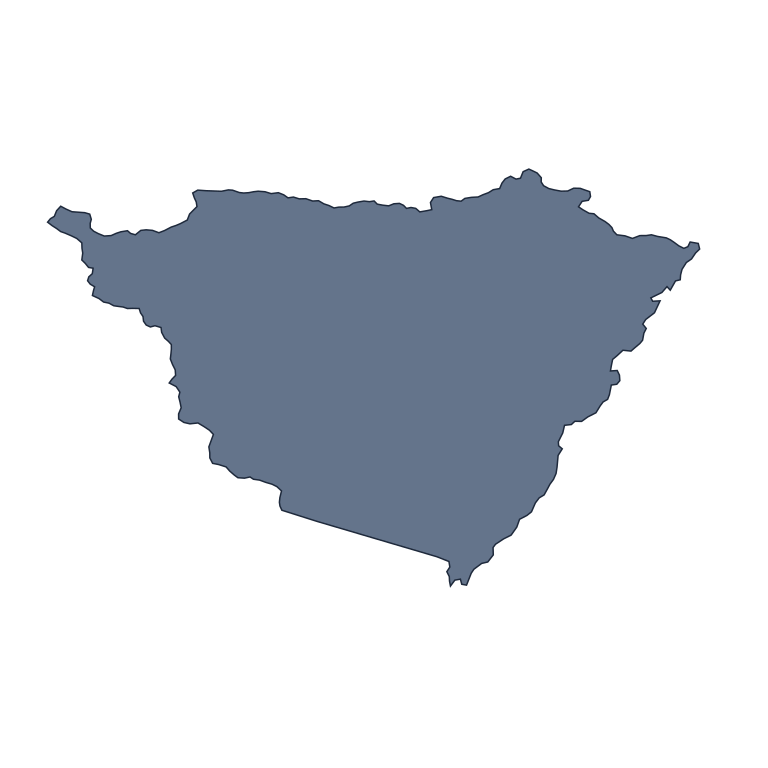 outline of Urandi, Bahia, Brazil, rotated 266°
{"feature_id": "56859067B88876690482253", "entity_name": "Urandi", "entity_type": "district", "adm_level": 2, "iso_a3": "BRA", "parent_name": "Brazil", "parent_adm1": "Bahia", "projection": "natural_earth1", "projection_center": [-42.654, -14.73], "detail": "fine", "context": "isolated", "style": "filled", "palette": "slate", "viewbox_px": 768, "rotation_deg": 266, "n_neighbors": 0, "source": "geoboundaries", "source_scale": "gbopen_adm2", "svg_char_len": 3843}
<svg xmlns="http://www.w3.org/2000/svg" viewBox="0 0 768 768"><g transform="rotate(266 384 384)"><path d="M582.4,524.8L580.1,519.2L576.2,515.7L570.9,513.0L570.2,506.5L567.6,501.6L565.9,495.9L564.0,490.9L564.1,484.1L563.5,477.6L561.0,473.7L561.8,469.1L563.5,464.8L564.9,460.4L567.3,454.2L566.5,446.5L561.8,443.0L554.6,443.8L553.9,438.8L553.2,431.7L557.0,427.9L558.2,423.2L557.6,418.7L560.9,415.9L563.1,412.0L563.1,406.4L561.4,401.1L562.5,395.2L563.9,389.8L567.3,386.9L566.9,382.2L567.9,376.8L567.3,370.6L566.5,365.9L564.1,361.8L563.3,356.4L563.6,351.2L563.1,346.4L565.9,341.5L567.9,336.6L571.4,331.5L571.5,325.6L574.3,319.0L574.6,312.4L576.8,306.7L576.4,301.2L579.7,297.2L582.2,292.0L581.8,284.7L584.1,278.7L585.1,271.9L584.9,267.4L584.3,262.5L584.3,257.4L585.1,253.0L587.9,246.5L588.5,242.3L587.6,235.2L588.4,227.8L589.2,220.2L590.4,211.7L587.9,206.5L582.9,207.8L578.7,209.4L574.0,209.8L571.0,206.3L567.1,201.9L561.3,199.2L558.2,192.1L556.6,187.4L555.4,182.7L552.4,175.8L550.6,170.0L553.4,163.8L554.4,157.5L554.2,152.1L550.2,146.4L551.9,141.7L554.8,138.8L554.2,132.2L553.0,127.4L551.1,122.2L551.1,115.3L554.0,109.4L556.7,105.0L560.1,101.9L564.7,102.1L568.7,103.5L574.0,102.3L575.8,97.4L577.6,84.8L580.7,79.0L583.9,73.9L579.7,69.5L574.2,66.8L572.2,62.8L568.9,59.7L565.1,64.0L561.9,68.3L558.6,72.1L556.8,76.3L553.6,82.5L550.6,87.7L545.9,92.4L540.4,92.2L535.6,92.6L528.8,91.2L525.3,94.3L520.9,97.4L519.8,101.9L514.4,100.7L511.5,97.0L507.7,95.5L504.1,97.9L501.2,102.1L497.4,100.7L492.6,99.3L489.1,105.7L485.3,110.0L483.9,115.1L480.9,119.9L479.9,124.5L479.0,129.1L477.2,133.3L477.0,138.3L476.4,145.0L471.9,146.1L468.1,148.3L463.4,148.5L459.4,150.9L457.2,154.9L458.1,159.6L455.9,165.5L451.0,165.8L445.1,168.4L441.8,171.7L438.2,174.6L433.6,174.3L429.2,173.6L423.9,172.6L418.2,174.4L412.7,176.7L407.1,176.7L403.7,172.9L400.0,169.8L395.9,176.5L390.1,179.8L385.6,178.3L380.0,179.3L374.4,180.0L368.5,177.0L363.4,176.7L359.6,181.7L357.8,187.6L358.1,195.7L354.4,201.0L350.1,206.6L345.6,210.3L340.0,207.8L333.5,204.9L327.4,205.4L322.4,205.1L316.8,207.5L315.2,213.4L312.3,220.7L307.8,224.1L303.6,228.3L300.7,231.7L299.8,238.3L300.6,243.9L298.1,247.1L296.8,253.2L294.1,259.2L291.9,265.2L289.1,270.0L284.5,274.3L277.9,272.2L273.3,271.4L269.5,271.7L265.2,273.3L251.5,307.9L208.0,424.7L202.4,436.4L196.8,436.9L192.4,433.6L187.3,435.7L182.8,435.6L177.8,436.2L183.4,441.0L184.0,446.6L178.8,447.6L177.6,452.3L189.1,457.8L192.9,460.7L198.2,468.9L199.2,475.1L205.9,481.1L213.3,481.4L216.4,484.1L221.2,492.6L224.4,500.3L232.0,506.5L239.6,509.8L242.9,517.4L246.2,522.2L254.8,526.7L259.6,530.9L262.2,536.0L268.7,540.2L272.4,542.5L277.0,546.4L282.7,549.4L288.9,550.8L300.6,552.7L306.9,557.3L310.2,553.9L314.2,553.9L318.0,556.1L322.7,558.9L330.2,561.2L330.5,568.1L333.5,571.8L332.9,578.5L337.0,585.1L340.5,593.4L347.2,598.2L350.8,601.3L353.1,606.0L357.6,608.1L367.1,610.7L367.5,616.2L370.9,619.5L376.4,619.5L381.2,617.6L381.2,610.8L386.1,612.0L392.6,613.8L396.0,618.5L401.0,624.7L399.6,632.7L402.5,636.5L406.5,642.0L409.6,645.0L416.6,646.8L421.1,649.5L425.7,646.3L430.1,649.6L436.2,658.8L447.7,665.2L447.8,657.8L451.3,656.2L453.6,661.9L455.9,667.6L461.4,673.1L457.6,676.1L466.5,682.0L467.3,686.8L472.2,687.5L477.6,689.3L484.1,694.1L487.3,699.5L493.0,704.0L496.6,708.3L502.3,707.3L504.3,699.3L499.8,696.7L498.4,692.6L501.3,687.7L504.9,683.5L507.9,679.7L510.1,675.8L512.1,667.3L514.2,661.2L513.8,655.9L514.2,649.6L511.9,642.0L515.0,634.7L516.6,626.7L520.5,623.5L524.1,622.3L527.5,619.5L530.7,615.8L534.7,609.8L539.2,605.3L540.0,600.5L543.9,594.6L547.2,590.4L552.4,594.4L553.0,600.7L556.6,603.1L561.5,602.7L563.7,597.5L565.5,593.4L566.1,586.9L563.7,580.7L564.0,574.2L565.7,567.6L567.5,562.0L570.7,557.0L574.6,554.9L578.8,555.3L583.8,551.5L586.1,547.5L588.3,543.5L586.1,537.6L579.8,534.5L579.2,530.0L582.4,524.8Z" fill="#64748b" stroke="#1e293b" stroke-width="1.5"/></g></svg>